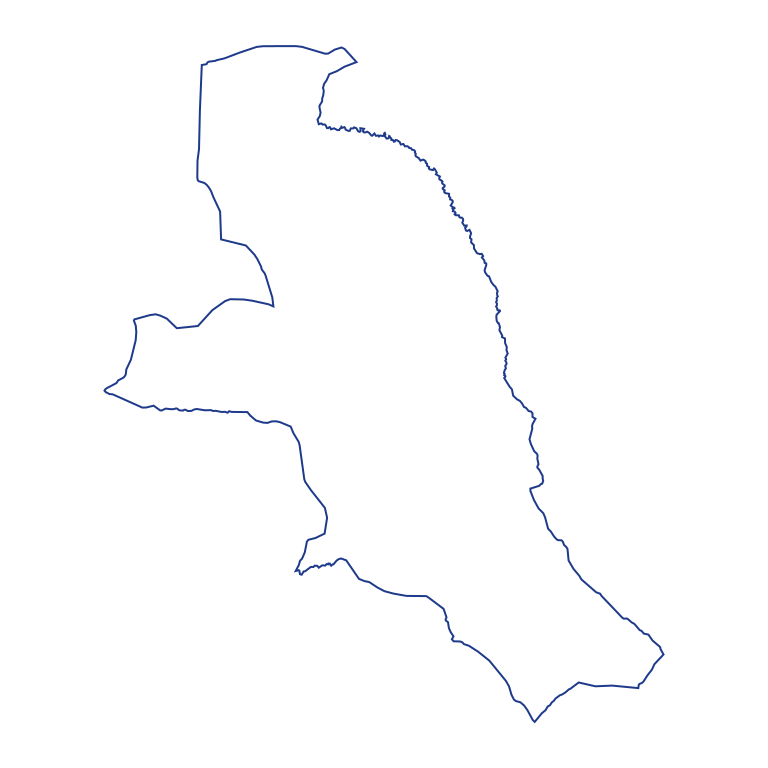 Djolu, Équateur, Democratic Republic of the Congo (Albers equal-area conic projection)
{"feature_id": "63176286B56364191841329", "entity_name": "Djolu", "entity_type": "district", "adm_level": 2, "iso_a3": "COD", "parent_name": "Democratic Republic of the Congo", "parent_adm1": "Équateur", "projection": "albers", "projection_center": [22.514, 0.679], "detail": "fine", "context": "isolated", "style": "outline", "palette": "blue", "viewbox_px": 768, "rotation_deg": 0, "n_neighbors": 0, "source": "geoboundaries", "source_scale": "gbopen_adm2", "svg_char_len": 6100}
<svg xmlns="http://www.w3.org/2000/svg" viewBox="0 0 768 768"><path d="M295.7,571.0L298.7,570.2L299.3,570.6L300.0,574.2L301.7,574.7L303.7,571.4L305.1,571.3L310.9,566.9L313.4,567.0L314.8,565.6L317.3,565.9L318.8,567.7L321.8,565.6L322.9,565.3L325.2,565.6L326.6,564.1L328.1,564.3L328.4,563.5L329.8,563.6L330.6,565.3L331.3,565.7L332.4,564.5L333.5,564.3L336.6,560.6L338.6,559.2L341.0,558.5L346.2,560.3L359.0,578.9L364.5,581.1L369.3,582.1L377.6,587.6L384.5,591.2L393.5,593.6L406.5,595.9L425.9,596.1L427.4,596.7L443.6,608.9L446.5,617.3L445.6,619.5L445.8,620.5L448.0,622.2L448.9,628.1L450.8,632.4L453.5,636.3L451.9,639.3L453.6,641.3L460.2,641.5L462.4,642.4L463.9,644.1L468.8,645.7L478.0,651.6L489.4,660.7L505.9,680.9L509.0,686.3L511.5,694.8L513.9,699.5L515.7,701.0L520.4,702.3L524.1,705.5L527.5,710.3L532.7,719.9L534.7,721.9L541.8,713.3L545.6,710.1L547.7,706.5L549.9,705.3L551.9,702.3L553.8,700.9L555.4,698.6L560.0,695.2L562.1,694.5L565.3,692.5L569.0,689.3L570.3,688.8L578.7,682.5L595.4,686.3L612.2,685.6L638.3,688.1L638.7,685.0L639.6,683.9L642.2,682.8L643.5,681.5L647.5,675.3L652.0,669.5L654.4,664.2L663.5,654.5L660.6,649.2L660.1,647.0L652.5,640.5L648.4,634.6L643.8,633.6L641.7,631.0L639.7,630.1L634.3,623.8L631.8,622.5L627.9,619.1L626.6,618.5L623.8,618.7L622.2,617.6L601.6,596.0L600.1,593.7L596.2,592.3L581.4,579.4L579.3,575.8L573.5,568.9L568.6,560.5L567.5,549.0L566.3,547.0L564.0,544.9L563.0,542.0L562.0,540.7L561.3,540.3L557.8,540.1L556.6,539.3L554.0,536.4L550.9,531.6L548.1,528.7L545.1,517.4L543.3,513.2L538.6,508.5L533.9,499.9L530.4,490.9L530.4,488.6L539.3,485.8L540.6,484.3L542.2,483.6L543.2,481.0L542.6,478.2L542.7,476.1L539.2,469.7L537.4,467.6L537.3,466.6L538.5,464.2L537.3,458.5L537.6,455.9L537.2,454.1L534.2,451.2L530.9,444.1L529.5,439.2L532.3,428.7L532.0,426.5L532.6,424.0L535.5,418.7L532.5,417.0L532.5,413.3L531.1,411.6L528.6,411.0L526.0,407.8L524.1,407.1L522.0,403.4L519.8,400.8L517.1,399.4L513.2,395.7L511.9,389.3L509.6,386.7L504.2,378.0L505.4,376.7L505.3,375.9L504.2,375.2L504.7,373.9L503.9,373.0L504.7,370.1L505.9,368.3L505.2,366.0L506.5,364.0L506.4,362.6L505.3,360.6L506.2,359.3L505.4,357.6L507.7,353.5L506.5,350.2L506.8,347.1L505.1,343.1L505.0,338.5L502.0,337.1L502.2,335.5L499.4,330.2L500.0,327.2L498.7,323.2L498.0,323.1L496.7,320.8L496.3,316.9L496.6,314.7L500.0,311.1L499.7,310.3L498.0,310.4L497.2,309.7L497.4,308.8L496.1,306.5L496.8,305.5L497.0,303.8L496.1,302.1L496.8,300.7L496.7,297.9L497.8,296.4L497.2,295.1L497.0,292.7L497.7,291.3L495.4,286.7L493.4,284.9L491.3,282.0L489.0,276.3L487.5,275.8L485.1,272.3L484.6,270.2L486.3,265.0L486.2,263.4L484.7,262.9L484.3,260.5L481.9,257.4L483.1,256.1L481.7,253.8L479.8,254.1L477.0,253.2L474.0,248.4L473.9,245.1L471.1,242.4L471.5,239.3L470.0,238.0L470.0,236.8L471.1,233.2L469.5,229.9L467.1,231.0L465.9,230.4L465.1,227.8L466.6,226.3L466.7,225.5L464.2,225.6L462.3,222.7L463.2,220.4L463.0,218.9L461.9,217.7L460.3,217.7L459.4,217.1L458.9,215.3L455.6,215.2L454.6,214.3L455.6,213.0L454.7,211.7L452.9,211.2L453.3,210.0L452.6,208.7L454.5,208.3L454.4,207.7L452.8,207.2L450.7,205.5L452.6,202.4L452.8,201.2L451.8,200.0L450.1,199.4L450.3,197.7L449.0,196.5L449.1,193.8L445.7,193.2L444.4,192.4L444.2,191.5L444.7,190.3L442.9,189.1L442.7,188.1L444.6,186.5L444.6,185.3L442.3,183.5L442.0,182.5L442.5,181.5L442.0,180.9L439.5,179.4L439.2,178.3L439.9,176.5L435.9,174.3L436.8,172.6L435.0,169.4L434.0,168.5L432.9,170.1L429.5,169.3L428.8,168.2L429.1,167.1L427.1,165.7L427.0,163.7L425.7,162.7L425.7,161.4L424.5,160.3L423.1,159.6L420.5,160.6L418.7,158.1L415.8,156.2L415.4,155.2L415.8,153.8L414.9,152.6L415.1,151.3L414.0,150.1L411.9,149.6L411.2,148.3L409.1,147.9L408.7,147.0L407.2,146.2L404.9,146.3L403.4,144.0L400.8,144.5L399.6,141.9L397.1,140.3L395.6,140.0L394.8,141.5L393.9,141.7L393.0,140.1L391.3,139.9L391.3,138.3L390.1,137.7L389.8,136.4L389.1,136.0L388.7,137.8L388.1,138.4L386.7,138.6L384.8,136.2L385.4,134.3L384.8,132.9L384.2,133.4L383.9,135.1L382.9,136.1L380.2,135.5L379.0,136.5L378.2,135.5L375.9,135.8L374.4,133.5L372.3,135.7L371.3,135.5L369.2,132.9L367.2,131.7L365.1,132.5L363.8,132.3L362.8,131.2L364.0,128.8L360.4,128.2L360.5,130.9L359.8,131.8L359.1,131.8L358.1,131.2L356.3,128.2L354.1,127.4L353.5,128.3L350.7,128.5L349.8,130.8L348.4,130.9L345.6,129.6L345.1,127.9L344.3,127.1L342.4,127.8L341.4,126.8L341.0,128.2L340.2,128.4L339.2,130.0L337.5,130.1L334.0,128.3L331.0,129.3L330.1,127.3L329.4,127.1L328.1,128.2L326.9,128.0L325.8,125.4L324.6,124.4L322.6,124.6L321.4,123.4L318.8,124.2L317.5,119.6L319.7,116.3L320.6,112.8L319.5,107.6L319.5,105.7L322.1,101.4L322.2,98.4L323.2,95.5L323.8,90.9L323.0,87.9L324.1,83.9L326.7,80.1L329.3,74.2L336.8,71.2L344.5,66.7L356.5,62.1L344.6,49.0L341.5,47.5L334.8,49.6L328.1,53.6L325.1,53.7L302.2,46.9L295.9,46.1L263.2,46.2L256.7,46.9L239.4,52.7L224.4,58.4L216.2,60.3L215.6,60.8L208.8,61.7L207.5,62.4L206.5,64.2L201.8,65.0L199.9,110.5L199.0,149.2L197.5,160.6L197.3,177.8L197.8,180.2L198.7,181.2L204.2,182.9L206.5,184.6L208.8,187.4L211.0,191.0L213.5,197.4L220.1,211.5L221.1,239.4L245.9,245.5L254.4,254.6L257.3,259.0L261.1,266.6L261.7,269.4L264.7,273.4L265.5,275.3L272.3,297.4L273.4,306.4L268.6,304.3L252.2,300.7L243.7,299.5L230.2,299.2L225.1,301.1L212.4,310.1L197.9,326.0L176.8,328.2L166.8,318.6L160.2,315.6L155.6,314.3L149.9,315.1L134.4,319.4L133.9,320.6L135.8,325.8L136.3,332.3L135.7,340.2L130.9,359.7L126.3,369.5L125.8,374.1L125.2,375.6L123.5,377.6L118.2,380.4L116.4,383.1L106.9,388.1L105.4,389.2L104.5,390.7L105.9,392.2L109.6,394.1L112.6,394.3L142.4,407.6L146.2,407.5L153.6,405.7L160.2,410.4L161.6,410.5L165.7,408.6L170.9,409.2L173.8,409.1L176.1,408.4L177.3,408.7L179.3,410.3L182.9,410.6L184.2,409.8L185.5,409.7L187.8,411.0L191.4,410.9L194.1,409.5L196.7,409.0L205.0,410.3L210.9,410.1L213.1,411.0L215.6,410.8L221.8,412.0L224.8,411.8L227.6,412.7L229.2,411.2L231.6,411.9L247.4,412.1L250.4,415.7L256.0,420.5L263.2,422.6L267.4,422.9L271.9,421.4L276.4,421.3L280.1,422.2L290.7,426.6L293.5,433.3L298.7,441.9L299.6,445.2L304.3,479.3L305.2,481.8L310.9,490.1L324.9,507.9L327.1,517.8L324.6,533.6L315.5,538.0L308.4,539.8L306.9,541.6L304.8,552.3L302.1,558.6L300.0,560.8L298.9,564.9L295.7,571.0Z" fill="none" stroke="#1e3a8a" stroke-width="2"/></svg>